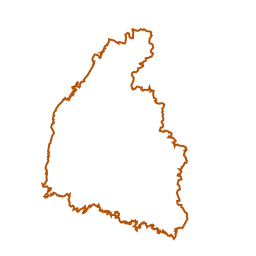 the district of Sylhet, Sylhet, Bangladesh, rotated 281°
{"feature_id": "16705992B47932115867008", "entity_name": "Sylhet", "entity_type": "district", "adm_level": 2, "iso_a3": "BGD", "parent_name": "Bangladesh", "parent_adm1": "Sylhet", "projection": "mercator", "projection_center": [91.877, 24.89], "detail": "fine", "context": "isolated", "style": "outline", "palette": "amber", "viewbox_px": 256, "rotation_deg": 281, "n_neighbors": 0, "source": "geoboundaries", "source_scale": "gbopen_adm2", "svg_char_len": 5729}
<svg xmlns="http://www.w3.org/2000/svg" viewBox="0 0 256 256"><g transform="rotate(281 128 128)"><path d="M34.7,195.4L34.9,194.9L35.7,195.2L35.8,194.5L36.3,195.1L36.8,194.3L37.4,195.0L38.0,194.1L40.1,197.8L40.1,200.5L50.1,203.7L52.3,202.6L55.4,202.3L56.3,199.9L60.0,197.0L60.3,195.5L62.6,195.3L62.1,192.3L63.1,191.0L65.7,190.2L66.3,192.3L66.9,192.5L73.4,188.4L76.1,188.7L77.7,190.7L81.2,189.3L82.2,187.4L86.5,187.5L87.8,190.3L90.6,188.8L90.8,185.8L92.6,186.3L92.3,187.8L95.3,188.7L97.2,186.3L97.2,187.4L97.8,188.0L99.3,188.5L99.8,188.1L101.0,189.4L104.8,190.4L104.7,191.6L105.5,192.1L107.1,192.0L107.9,191.0L109.4,190.8L112.0,188.0L115.5,188.3L116.9,189.1L116.9,188.1L117.9,189.0L118.0,188.5L119.9,188.7L120.8,186.0L120.5,181.4L121.3,179.8L120.4,178.6L120.5,177.7L119.1,177.3L120.1,177.0L122.4,174.8L122.7,175.8L122.2,176.5L123.1,176.3L124.4,177.3L127.0,174.0L126.5,169.3L127.7,169.8L127.8,171.9L130.7,172.0L131.8,170.6L131.1,169.4L132.3,168.2L132.6,164.6L131.0,164.0L131.3,159.7L134.7,160.0L135.1,161.5L136.1,162.1L137.9,161.9L140.1,159.9L140.9,159.9L142.6,161.2L145.1,160.5L146.1,159.6L148.0,160.0L149.4,158.7L150.5,158.5L150.9,159.0L153.5,157.9L154.9,158.9L158.0,159.1L159.0,156.7L157.8,153.9L157.9,151.5L158.5,150.4L159.6,149.3L160.2,150.5L162.0,149.8L162.5,147.7L166.1,146.2L169.5,146.1L169.6,145.0L168.1,143.1L169.8,143.1L170.7,141.9L172.1,141.3L169.2,140.8L168.6,136.4L167.5,135.4L168.3,133.7L170.1,133.9L169.8,132.9L170.2,132.7L170.5,129.4L170.3,128.8L167.6,127.3L167.7,125.8L166.8,125.5L167.5,124.6L170.4,123.2L175.8,124.3L178.6,124.0L179.7,122.4L181.6,121.5L182.7,121.6L184.1,122.9L184.2,125.2L186.2,126.8L188.6,126.6L189.1,128.2L191.7,131.1L192.9,130.5L192.9,127.7L193.5,127.3L195.2,130.5L196.3,130.7L197.2,132.6L200.0,132.1L200.6,134.7L201.9,135.8L202.4,137.5L206.0,138.4L206.6,136.4L207.3,135.8L209.0,136.0L211.5,137.3L214.4,136.3L215.1,135.1L215.3,133.0L216.1,132.5L219.9,132.2L223.3,133.7L224.0,132.6L226.4,132.6L226.9,131.2L226.7,127.8L228.0,125.0L227.1,124.0L227.5,121.5L225.9,120.3L225.1,118.3L225.9,113.7L225.2,113.5L223.3,114.9L217.1,115.7L216.7,114.4L217.2,112.8L218.4,111.7L220.9,111.0L221.3,109.4L218.9,107.6L216.7,108.8L211.1,109.1L210.2,108.4L210.8,103.0L210.4,102.5L209.0,102.6L211.2,97.5L211.5,92.5L208.6,92.8L206.8,91.7L206.2,92.0L205.8,91.4L205.3,91.7L204.0,89.9L201.9,89.3L201.8,90.3L199.8,88.9L198.6,89.6L198.2,89.3L198.3,88.3L197.1,87.3L196.6,88.1L196.0,88.0L196.0,87.3L195.6,88.0L195.1,87.5L192.1,87.7L191.6,87.2L191.8,87.0L192.3,86.2L191.6,87.2L191.4,86.9L193.8,84.6L193.8,81.3L190.5,80.0L187.7,80.1L186.9,81.1L186.9,82.2L185.8,81.7L185.0,82.5L183.9,82.1L184.1,81.8L184.0,81.7L182.4,81.8L172.2,78.3L166.6,75.3L165.8,76.2L164.7,75.0L164.5,73.5L161.0,72.3L160.0,72.9L158.5,72.5L159.5,69.4L163.9,70.5L162.4,69.2L158.1,68.0L158.3,66.9L157.4,65.5L156.6,66.0L156.7,67.6L155.7,69.9L154.0,68.7L154.6,68.4L154.5,67.8L154.0,68.4L153.9,67.8L152.7,67.2L151.1,68.1L150.0,67.8L151.3,66.8L150.0,66.9L149.9,66.1L151.5,65.4L149.1,66.1L148.5,65.9L148.0,64.8L147.2,65.5L144.6,64.7L145.4,64.1L145.4,64.4L146.6,64.4L144.2,63.6L144.6,61.4L144.2,61.0L145.1,61.3L145.5,60.6L143.9,60.2L143.9,59.2L141.2,58.3L137.3,55.5L132.4,53.5L131.4,53.9L130.2,52.8L127.5,52.3L126.3,52.4L126.0,53.0L125.7,52.5L122.5,52.5L122.2,53.5L119.6,53.2L119.2,54.3L117.4,53.4L117.1,52.6L114.0,52.5L109.8,56.0L108.7,56.2L105.4,55.0L98.0,54.6L97.2,53.8L89.7,54.1L89.4,54.6L88.6,54.5L88.8,55.1L86.4,54.9L85.5,55.9L84.5,54.8L83.3,55.6L81.8,55.3L81.1,56.0L79.7,56.0L76.3,54.9L73.2,54.7L72.2,54.9L71.0,56.4L67.8,56.2L68.4,57.1L64.2,57.3L61.0,58.4L59.1,57.3L58.5,57.6L57.3,57.1L56.2,56.0L56.7,54.8L54.7,55.6L54.1,56.6L55.3,59.4L54.1,61.0L53.6,63.2L54.8,64.3L52.2,63.5L52.0,61.9L51.3,62.3L51.4,61.7L47.6,61.2L47.1,59.9L45.7,59.5L45.0,60.0L44.6,59.2L43.9,60.4L45.0,62.1L46.7,62.6L47.0,65.4L48.5,65.4L48.0,66.2L48.2,67.0L50.2,67.1L49.9,69.4L48.3,71.5L48.4,72.8L49.3,72.3L47.9,74.0L48.6,75.4L48.1,76.4L49.0,78.5L51.7,80.8L50.5,82.3L51.9,83.4L47.8,83.8L46.1,83.2L43.9,85.0L40.9,85.3L40.0,87.1L41.2,88.5L40.9,89.5L39.5,90.2L37.3,90.1L39.1,92.5L39.4,93.8L36.6,93.6L36.4,94.2L36.4,95.1L38.9,96.6L41.2,99.6L43.0,100.7L41.1,101.5L36.5,100.1L35.9,100.0L35.9,100.5L38.0,102.5L44.6,105.0L44.7,106.1L43.6,106.4L46.4,108.3L46.6,109.1L44.9,113.0L47.0,113.7L46.0,114.7L44.7,114.7L44.0,116.0L41.7,115.9L41.4,117.1L42.4,118.1L41.8,118.4L41.6,119.4L40.9,119.4L41.7,120.8L40.4,121.7L41.9,121.4L41.9,122.2L42.7,122.7L42.3,123.7L39.4,124.0L39.4,124.4L42.4,124.6L42.6,125.3L41.2,126.4L41.5,127.1L39.7,127.2L38.5,128.2L40.0,128.2L39.6,129.8L40.1,131.2L41.8,131.8L42.8,131.3L43.7,133.2L43.3,134.1L42.5,134.1L42.2,135.5L40.3,135.7L39.8,135.3L39.7,133.2L39.1,133.5L39.1,133.0L38.8,133.4L38.6,132.8L37.7,132.8L37.4,133.3L38.1,133.9L38.0,136.5L35.6,137.2L33.9,139.2L33.9,139.8L34.7,140.0L34.8,141.8L35.5,141.6L35.7,142.1L35.6,144.6L34.9,145.0L34.5,142.9L34.1,143.6L33.9,142.5L34.2,145.3L34.7,145.6L35.1,147.2L34.1,147.0L34.1,148.9L36.1,149.1L36.2,148.6L36.9,149.7L37.8,149.4L37.9,150.8L37.4,152.1L38.4,152.7L36.9,153.4L37.9,153.7L38.0,154.5L37.1,154.9L35.5,154.6L32.8,152.8L33.1,153.8L31.5,154.7L31.6,155.3L31.0,154.6L29.8,155.0L29.0,156.2L31.9,155.9L32.5,156.9L32.2,158.6L33.0,158.7L34.0,157.9L34.1,158.7L35.3,158.1L36.0,159.2L37.0,159.3L37.1,161.0L38.3,160.9L38.6,161.8L37.7,162.6L37.6,164.0L36.0,164.1L35.2,165.5L34.4,165.7L35.4,166.4L35.8,167.9L37.3,169.0L36.9,169.9L37.8,170.5L37.3,171.7L35.8,171.3L35.9,170.5L34.4,170.5L33.5,172.4L32.9,172.3L34.2,173.3L33.9,174.6L35.2,175.6L34.8,176.5L30.9,177.0L30.7,178.8L31.2,178.8L31.6,177.4L33.3,177.8L33.4,179.1L32.5,180.2L32.0,182.9L32.9,182.0L34.0,182.0L31.8,186.0L30.0,187.5L30.3,188.7L29.8,189.7L31.4,190.5L31.2,191.3L28.0,194.2L30.6,195.3L32.4,195.3L33.2,194.7L34.7,195.4Z" fill="none" stroke="#b45309" stroke-width="2"/></g></svg>